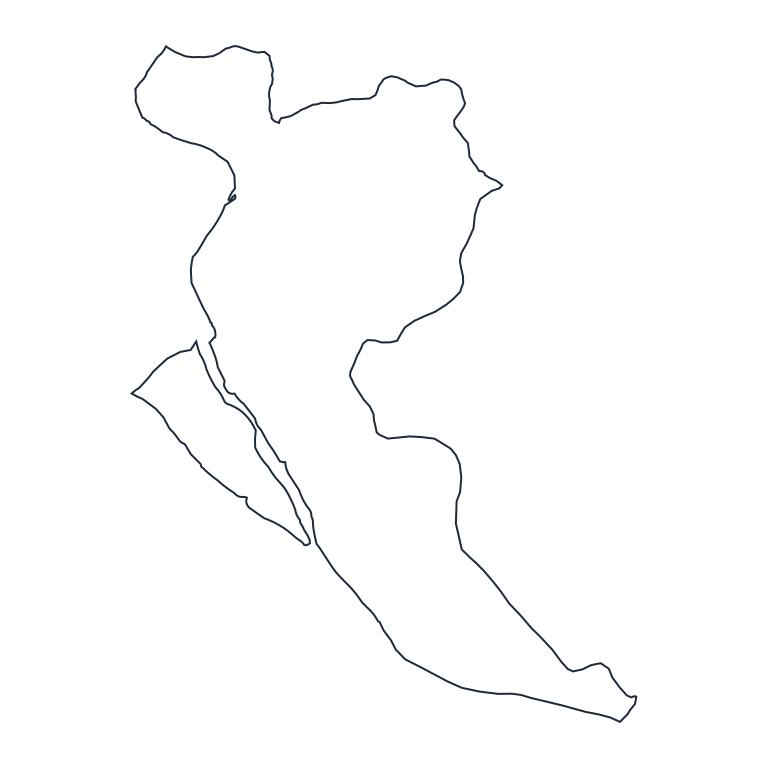 outline of Qanatir Al-Khayriyya, Al Qalyubiyah, Egypt
{"feature_id": "37247803B61234943331501", "entity_name": "Qanatir Al-Khayriyya", "entity_type": "district", "adm_level": 2, "iso_a3": "EGY", "parent_name": "Egypt", "parent_adm1": "Al Qalyubiyah", "projection": "mercator", "projection_center": [31.132, 30.214], "detail": "fine", "context": "isolated", "style": "outline", "palette": "slate", "viewbox_px": 768, "rotation_deg": 0, "n_neighbors": 0, "source": "geoboundaries", "source_scale": "gbopen_adm2", "svg_char_len": 6051}
<svg xmlns="http://www.w3.org/2000/svg" viewBox="0 0 768 768"><path d="M463.2,98.2L461.9,93.4L461.3,89.5L459.0,86.2L454.1,82.5L448.6,80.2L444.0,79.6L440.8,79.6L436.8,81.7L433.6,82.4L429.5,83.9L426.5,85.5L416.0,86.4L407.3,82.5L405.1,80.7L399.4,78.3L397.7,77.4L391.1,76.2L385.7,78.0L383.5,79.4L381.1,83.0L378.9,85.8L377.4,90.5L375.5,95.1L369.7,98.5L357.3,99.2L352.6,99.0L349.8,99.3L347.2,100.1L345.2,100.3L340.6,101.3L336.4,102.4L329.5,103.1L321.5,102.8L317.5,104.2L312.7,104.8L304.9,108.5L301.5,109.7L298.5,111.8L290.7,116.1L285.5,117.4L281.4,118.1L279.5,120.9L279.1,122.9L274.4,121.2L271.6,118.3L271.5,115.2L269.5,110.0L269.9,100.1L269.0,96.0L269.2,91.9L270.2,87.3L272.1,83.7L272.7,78.9L272.0,74.7L272.9,70.5L272.4,68.2L271.5,66.0L271.3,63.4L269.7,59.2L269.6,56.0L264.5,51.9L261.1,52.1L258.9,52.6L255.4,52.2L251.5,51.2L239.5,47.0L236.1,46.1L232.4,46.5L229.3,47.8L225.8,48.6L219.3,53.2L213.1,56.1L203.8,57.2L198.0,57.0L192.7,57.2L186.5,56.5L183.6,55.6L174.4,51.7L173.2,50.8L170.1,49.1L166.0,46.4L164.6,49.0L163.2,51.2L161.6,53.3L160.4,54.5L157.5,57.0L147.0,72.2L146.3,74.2L145.7,75.7L144.0,78.4L142.0,80.8L139.9,82.8L135.2,89.3L135.7,90.5L135.5,91.3L135.9,96.8L135.7,101.5L142.3,117.5L143.7,118.1L144.9,118.9L145.9,119.9L146.5,120.8L147.7,121.0L148.9,121.7L149.9,122.7L150.5,124.1L153.7,125.7L156.7,127.6L159.6,129.7L162.6,132.2L165.8,132.9L168.5,134.0L171.0,135.4L173.1,137.2L180.9,140.0L188.9,142.5L190.8,143.1L196.0,144.1L200.9,145.5L205.6,147.4L210.8,149.8L213.0,151.1L215.8,153.1L218.3,155.5L227.6,161.8L230.8,168.1L234.4,175.5L235.0,188.5L232.9,191.0L231.0,194.0L229.4,197.2L228.5,199.8L228.9,200.2L229.5,200.4L230.1,200.4L230.4,200.2L230.8,199.8L231.8,198.2L232.5,197.2L233.8,195.9L234.8,195.1L235.1,195.7L235.4,196.7L235.4,197.3L235.2,198.3L235.0,198.7L232.0,200.8L224.9,205.4L223.4,209.5L221.9,212.9L220.2,216.1L216.7,222.1L214.8,225.1L211.9,229.4L206.8,235.7L201.6,244.8L197.4,251.6L195.2,254.5L192.8,256.9L191.8,262.1L190.9,268.8L191.1,275.3L191.6,283.1L196.4,293.2L199.2,299.4L202.2,305.7L204.3,309.9L206.1,312.9L208.0,316.4L209.9,320.7L210.1,321.4L210.2,322.3L211.0,322.6L211.6,323.1L211.9,324.1L211.8,325.1L213.3,326.9L214.0,328.1L214.6,329.4L215.2,331.6L215.4,333.5L215.4,335.4L215.2,337.1L214.9,337.5L214.7,337.7L213.9,337.7L212.6,339.4L211.1,340.9L210.2,342.2L209.4,342.8L211.1,346.3L212.8,350.3L215.3,356.9L216.8,362.0L217.8,367.3L224.4,380.3L224.5,381.5L224.1,383.5L224.0,384.8L224.2,386.1L224.7,387.4L225.8,389.0L226.8,390.9L227.7,391.9L228.8,392.8L230.1,393.4L231.4,393.7L232.8,393.8L234.6,393.6L236.1,396.1L238.4,399.0L241.0,401.7L243.7,403.8L255.1,418.5L255.4,420.2L256.0,422.3L256.9,424.4L257.6,425.7L259.4,428.2L261.0,429.9L264.9,437.1L268.5,443.6L271.9,448.4L274.2,451.9L277.6,457.5L279.8,461.3L282.3,462.0L283.5,462.1L285.2,462.1L285.5,464.8L286.0,467.4L286.8,470.0L288.2,473.2L289.2,475.0L298.9,489.8L301.0,495.3L303.3,500.3L306.3,505.4L309.9,510.1L310.8,512.1L311.3,514.2L311.4,516.5L312.2,518.2L312.8,520.3L313.2,526.9L314.1,532.8L316.1,542.3L316.7,544.1L319.6,547.9L331.7,566.4L335.8,572.1L342.1,578.9L351.2,588.1L355.9,593.7L362.6,603.0L363.9,604.1L366.3,606.7L370.3,610.5L373.8,614.5L375.2,616.6L378.1,621.3L379.7,622.1L383.6,630.4L391.0,640.3L395.8,649.6L405.3,659.4L420.7,667.2L447.4,681.4L461.8,687.8L479.1,691.5L498.4,693.9L511.6,693.7L520.9,694.9L531.6,698.1L562.9,705.6L585.6,711.9L598.3,714.3L610.3,717.5L620.0,721.9L627.7,714.0L630.1,710.0L635.0,703.9L636.3,696.7L634.2,696.2L631.3,697.4L626.8,695.4L619.6,687.3L612.3,677.4L608.8,668.7L600.8,663.3L597.3,663.8L590.7,665.3L582.2,669.5L572.9,671.4L567.8,669.0L561.3,661.8L552.3,649.7L540.1,636.6L531.8,628.5L520.8,615.7L509.3,603.6L500.9,591.6L493.3,581.9L484.3,571.3L476.4,563.3L470.7,558.2L461.8,549.5L455.9,523.6L456.6,501.4L460.1,492.0L461.3,477.6L459.7,464.0L455.9,455.1L450.9,448.9L448.5,447.2L434.6,438.7L421.7,437.1L409.7,436.4L387.9,438.6L379.5,434.8L376.7,432.4L375.0,424.2L374.1,421.0L373.5,414.0L369.8,406.5L363.5,399.3L354.0,384.5L351.9,379.6L350.9,378.2L350.3,376.4L350.0,374.8L350.6,371.4L354.1,363.8L357.0,356.1L360.4,349.9L363.0,343.6L367.4,340.1L374.9,340.4L381.7,342.5L390.4,342.3L397.1,340.8L400.5,334.6L404.9,327.4L414.6,320.7L424.9,316.0L435.0,311.8L446.1,304.8L453.6,298.6L460.1,291.9L463.2,282.9L463.0,276.2L461.1,268.1L459.9,261.0L461.2,253.2L466.5,244.0L469.6,237.2L473.5,228.3L474.9,215.0L476.7,208.3L480.3,199.0L491.7,190.9L499.4,188.3L502.2,185.2L496.3,180.7L489.8,178.0L484.9,174.9L484.8,173.7L482.6,171.4L479.1,171.0L476.1,166.0L473.8,163.4L469.3,156.3L469.2,152.5L467.8,142.9L463.1,137.6L459.9,133.0L454.5,126.2L454.1,120.3L457.0,116.1L460.6,111.5L463.5,107.2L465.1,103.4L463.2,98.2ZM131.7,393.5L137.5,396.7L142.6,399.0L155.8,408.8L163.2,417.0L169.4,428.4L174.5,433.8L180.3,441.7L185.0,444.4L190.8,454.2L200.6,464.0L201.4,467.0L202.6,467.7L206.1,471.1L210.0,474.5L214.1,477.8L217.3,480.1L222.8,484.9L228.8,489.4L234.5,493.2L235.8,494.7L237.1,495.6L238.4,496.3L239.9,496.8L241.9,497.0L244.1,496.9L245.5,497.2L246.9,497.7L246.5,499.1L246.3,500.7L246.3,502.2L246.5,503.2L247.0,504.6L247.5,505.5L248.4,506.8L249.4,507.8L257.5,513.6L264.2,518.2L268.6,519.9L274.0,522.3L280.1,525.7L283.8,528.0L288.6,531.5L296.4,538.1L301.7,541.8L303.3,543.5L304.3,545.1L305.9,545.2L307.1,544.9L308.7,544.2L309.9,543.2L309.7,539.7L308.4,537.4L307.6,535.3L305.9,532.8L304.0,529.6L302.3,525.8L301.6,525.0L300.8,523.8L300.1,522.0L299.9,519.9L298.2,517.7L296.8,515.2L295.8,512.4L295.3,510.0L293.7,505.6L289.3,496.2L287.3,492.5L284.5,488.0L281.0,483.8L276.6,478.9L274.7,476.6L271.4,471.9L268.4,466.9L264.9,463.1L262.3,459.6L260.6,457.3L258.3,453.6L255.6,448.5L255.2,447.6L255.0,441.2L255.2,436.4L255.8,430.5L253.4,425.8L251.4,422.5L248.4,418.4L245.9,415.5L242.7,412.4L239.2,409.7L235.4,407.4L231.5,405.5L226.9,403.7L225.4,402.6L224.6,401.6L222.3,396.8L220.6,393.9L218.0,390.2L215.3,387.0L212.0,381.2L209.3,375.9L206.4,369.2L205.4,365.4L203.8,361.3L201.9,357.4L200.0,354.4L198.3,349.4L196.2,341.5L190.6,350.0L180.3,351.9L167.3,358.6L160.4,364.9L153.2,371.7L148.7,377.5L139.5,387.7L135.3,390.4L131.7,393.5Z" fill="none" stroke="#1e293b" stroke-width="2"/></svg>